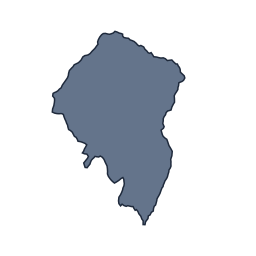 outline of Nova Granada, São Paulo, Brazil, rotated 164°
{"feature_id": "56859067B55961897513084", "entity_name": "Nova Granada", "entity_type": "district", "adm_level": 2, "iso_a3": "BRA", "parent_name": "Brazil", "parent_adm1": "São Paulo", "projection": "equal_earth", "projection_center": [-49.322, -20.455], "detail": "fine", "context": "isolated", "style": "filled", "palette": "slate", "viewbox_px": 256, "rotation_deg": 164, "n_neighbors": 0, "source": "geoboundaries", "source_scale": "gbopen_adm2", "svg_char_len": 3035}
<svg xmlns="http://www.w3.org/2000/svg" viewBox="0 0 256 256"><g transform="rotate(164 128 128)"><path d="M182.7,139.3L182.2,136.6L181.8,134.7L180.5,133.4L179.9,131.3L179.7,129.0L178.3,128.4L176.7,127.5L175.0,126.2L173.5,125.0L172.3,123.2L173.8,121.6L175.7,119.8L177.0,118.0L178.7,116.6L177.0,115.2L174.7,114.2L173.9,111.6L175.2,110.1L176.8,109.0L178.6,107.7L180.2,106.6L180.2,104.4L180.1,101.9L178.2,101.1L176.7,102.3L174.6,103.7L173.4,105.5L172.1,107.1L170.5,108.1L169.0,108.8L167.6,109.8L165.8,108.9L164.1,108.2L162.4,108.7L160.7,106.9L159.7,104.4L159.3,101.2L158.6,97.3L159.0,94.6L159.6,91.9L160.4,89.5L160.2,87.0L159.5,84.9L158.8,83.1L157.7,81.0L156.2,78.8L154.4,79.2L151.4,80.1L148.4,81.4L146.6,81.8L146.2,79.8L146.6,77.7L146.9,75.6L147.8,73.6L149.4,71.7L150.3,69.9L151.9,67.8L153.7,65.8L155.8,64.0L157.2,60.6L157.6,57.8L156.6,55.2L154.7,56.4L153.2,54.5L151.3,53.2L149.6,53.4L147.9,52.4L146.3,51.5L144.8,51.1L144.5,49.3L143.8,46.9L142.4,47.2L141.5,45.1L141.2,42.5L140.0,39.7L139.8,36.7L139.0,34.7L140.1,31.0L138.3,30.4L137.0,33.0L135.3,34.3L133.8,35.4L132.7,37.9L130.8,38.3L128.8,40.5L126.6,41.2L125.7,43.5L124.4,45.5L122.7,46.4L121.4,48.5L120.4,50.2L119.7,51.8L118.4,53.2L117.3,54.2L115.3,56.3L113.2,59.3L111.9,61.0L110.5,62.0L109.7,63.6L108.5,65.0L107.1,66.9L104.8,68.8L103.5,70.3L102.3,72.4L100.9,74.5L100.2,76.3L98.3,78.0L97.2,79.5L96.6,81.9L96.0,83.7L95.6,86.1L93.5,89.2L91.9,93.4L92.6,96.6L93.5,99.9L93.6,103.0L93.8,106.4L95.2,108.1L96.5,110.3L96.8,112.1L96.8,116.8L94.0,118.0L92.9,119.3L93.3,122.7L92.2,125.1L91.5,127.3L90.2,128.9L88.3,130.4L87.1,132.3L85.3,133.4L81.7,133.4L80.0,136.1L77.7,138.6L76.2,139.9L75.3,143.2L74.7,146.2L73.2,147.9L71.2,149.6L69.5,151.2L68.8,153.2L67.7,154.8L66.7,157.4L65.0,157.7L63.4,157.8L61.5,158.5L59.6,160.4L59.6,162.7L60.7,164.6L62.2,167.1L61.7,170.2L61.9,172.1L62.6,173.8L62.9,175.9L64.4,176.4L66.0,179.1L67.1,181.3L69.5,181.7L71.6,182.0L73.0,184.3L74.7,185.7L77.2,186.2L79.1,187.2L80.9,188.3L83.6,189.4L84.2,191.7L85.0,194.1L86.5,193.8L87.9,194.8L88.7,196.9L90.0,199.0L90.6,201.6L92.9,203.8L94.6,203.7L95.9,205.2L96.7,207.1L98.3,209.5L100.1,211.0L101.7,212.1L102.8,214.1L105.2,215.1L107.1,216.2L107.8,217.8L107.3,219.7L108.5,220.7L110.2,221.6L111.8,223.1L113.9,224.5L115.9,223.4L118.0,223.2L120.0,223.2L121.5,223.9L123.7,225.2L125.8,225.6L127.7,224.9L130.1,223.2L132.2,221.0L133.5,219.1L133.8,216.7L135.3,215.7L137.9,213.6L139.9,212.5L141.2,211.8L143.9,210.0L146.1,209.3L147.8,209.3L149.5,209.5L151.8,208.8L154.4,206.2L156.5,205.0L157.8,204.4L159.4,204.1L162.3,203.6L163.9,202.1L165.6,201.2L168.5,199.4L170.0,197.0L171.0,194.7L172.5,192.8L174.6,191.1L176.7,189.4L178.1,188.3L179.5,187.1L181.1,185.1L183.2,184.3L185.1,183.1L187.1,182.5L189.0,182.3L190.5,181.9L191.6,179.5L190.5,176.8L190.9,175.0L191.7,172.9L193.1,170.0L195.2,167.1L196.4,164.2L194.4,162.5L192.3,161.4L190.3,160.7L188.7,160.4L187.4,159.9L186.4,158.8L186.4,156.6L186.2,154.1L185.8,151.7L185.7,149.4L185.3,147.6L185.5,145.3L185.5,142.9L184.1,141.5L182.7,139.3Z" fill="#64748b" stroke="#1e293b" stroke-width="1.5"/></g></svg>